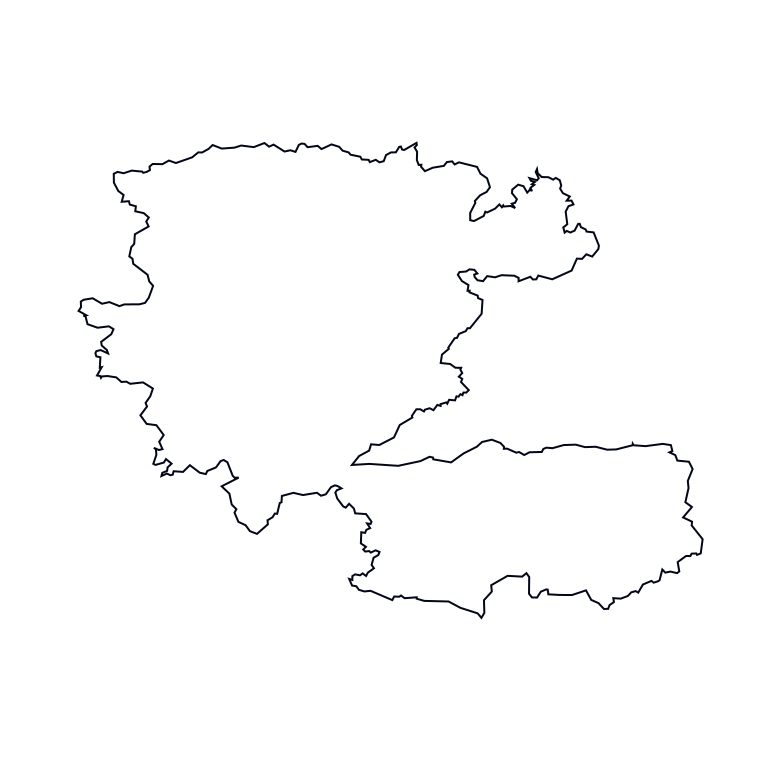 outline of Mezquitic, Jalisco, Mexico, rotated 75°
{"feature_id": "50627088B21610676051611", "entity_name": "Mezquitic", "entity_type": "district", "adm_level": 2, "iso_a3": "MEX", "parent_name": "Mexico", "parent_adm1": "Jalisco", "projection": "natural_earth1", "projection_center": [-104.018, 22.231], "detail": "fine", "context": "isolated", "style": "outline", "palette": "ink", "viewbox_px": 768, "rotation_deg": 75, "n_neighbors": 0, "source": "geoboundaries", "source_scale": "gbopen_adm2", "svg_char_len": 6153}
<svg xmlns="http://www.w3.org/2000/svg" viewBox="0 0 768 768"><g transform="rotate(75 384 384)"><path d="M469.6,561.7L479.5,560.3L484.6,554.2L491.4,551.6L495.9,545.5L489.5,532.5L485.5,531.8L483.9,526.2L480.9,523.0L481.7,520.8L472.0,515.5L471.7,513.6L465.7,511.6L465.7,499.6L470.3,491.0L471.7,476.9L475.6,473.8L475.5,468.7L469.9,461.9L469.2,457.7L470.4,455.4L473.8,452.1L474.4,457.0L476.3,459.1L482.5,458.8L491.7,455.1L493.5,453.0L490.7,448.7L496.5,445.3L501.5,445.3L505.0,435.0L513.8,431.7L515.7,433.1L514.3,436.4L519.6,434.7L520.3,438.8L522.9,440.8L521.3,444.3L532.0,447.6L536.6,443.6L538.5,446.9L541.0,445.5L541.5,441.6L543.4,440.4L542.5,435.1L545.1,431.8L547.7,433.7L549.1,439.0L555.5,442.8L559.4,441.4L562.0,448.4L564.8,451.0L561.4,453.7L562.6,456.6L560.4,461.2L561.4,464.3L565.1,465.3L563.3,468.1L570.4,467.0L572.2,463.1L576.3,461.5L579.3,456.6L580.3,450.5L594.9,431.9L591.9,429.2L593.4,424.3L592.7,422.3L596.2,419.6L598.5,407.6L599.8,408.0L603.9,401.3L610.8,377.9L620.0,368.1L629.8,352.9L635.1,350.4L631.0,346.3L618.7,343.4L612.4,333.6L606.1,332.5L601.3,314.3L605.8,300.4L603.6,295.4L608.0,293.7L624.1,298.2L628.4,296.4L629.9,291.4L625.2,286.3L624.4,280.5L625.0,279.1L629.7,279.7L633.3,268.7L636.5,256.8L635.6,242.3L646.2,239.7L651.2,233.5L658.2,229.8L659.2,225.7L655.9,223.3L654.2,218.4L650.2,217.9L652.6,210.9L651.9,203.4L649.2,199.0L649.2,194.5L651.3,192.4L644.7,185.8L643.4,176.6L645.7,174.9L645.5,170.7L644.9,168.6L635.2,163.2L639.0,161.1L639.3,156.0L642.5,149.9L641.5,147.3L632.0,146.4L628.3,136.7L629.5,132.6L627.5,130.8L628.5,126.2L630.1,125.8L629.6,121.9L616.4,116.4L600.3,123.4L596.7,122.1L590.3,129.6L582.5,118.4L576.2,123.5L563.4,116.8L556.2,115.6L546.0,107.9L538.0,109.6L533.9,120.5L528.1,121.0L523.9,126.0L523.4,122.8L517.3,122.7L514.0,130.2L511.7,147.5L507.8,158.7L506.1,159.2L507.5,159.7L507.3,176.6L505.2,185.5L499.4,195.8L497.0,206.2L492.2,214.5L489.5,226.2L489.6,237.9L487.5,243.7L488.0,246.9L490.5,249.2L487.6,261.1L488.9,266.9L484.6,271.2L484.6,274.0L478.3,281.8L477.6,285.0L475.7,284.3L471.1,286.8L465.7,294.3L465.4,304.3L468.6,310.5L471.7,325.2L477.1,339.5L469.5,355.9L467.7,355.7L466.1,358.9L467.9,368.7L466.7,391.5L457.4,418.8L453.9,435.9L447.1,426.6L444.5,415.6L438.9,412.1L441.7,404.3L438.2,388.2L427.7,379.4L423.7,365.3L422.0,365.3L416.8,359.3L417.8,355.5L420.9,352.5L419.4,351.1L419.2,346.2L422.1,343.0L418.0,337.9L419.8,335.0L418.1,334.6L417.9,328.6L419.4,328.0L416.1,325.2L418.2,319.6L414.7,317.2L415.5,315.3L413.6,312.8L415.1,311.1L412.8,309.5L413.6,306.8L411.9,303.7L402.0,309.1L399.3,307.1L396.3,309.8L393.7,305.6L389.9,306.5L388.3,305.3L386.8,310.8L381.8,314.9L378.4,323.8L370.6,320.4L366.8,312.3L365.5,312.5L358.1,303.9L358.3,301.5L355.0,298.6L354.1,291.3L351.7,288.9L352.4,286.6L341.4,271.5L328.3,267.1L325.4,270.9L322.9,270.6L317.6,277.7L316.1,277.1L315.6,279.2L310.3,276.8L304.7,282.1L297.6,284.4L295.4,282.1L296.6,275.7L295.4,271.7L297.1,267.2L301.4,265.2L301.7,268.6L304.2,268.7L308.0,266.8L310.3,261.7L306.5,256.4L309.7,249.1L309.3,242.4L313.1,230.2L316.3,226.5L319.6,227.4L318.3,214.9L321.6,213.1L322.3,209.8L319.2,206.9L326.4,194.4L323.0,173.4L312.8,165.2L314.4,160.3L311.1,155.0L314.8,149.9L309.1,142.0L305.9,140.6L291.8,142.3L289.2,148.9L286.9,149.2L283.5,153.2L279.9,153.5L279.6,155.0L285.2,160.2L285.9,164.8L283.4,167.9L284.5,170.3L279.2,170.3L277.1,165.6L264.5,163.9L260.0,159.8L259.6,154.5L255.4,155.4L254.2,160.1L251.0,156.0L246.0,161.8L240.9,163.3L238.0,161.4L232.7,161.5L229.4,164.7L230.4,167.7L226.8,171.7L224.9,178.1L220.1,181.0L216.0,180.6L218.5,182.6L225.3,181.3L226.8,183.4L222.8,190.2L225.8,189.4L227.9,186.0L229.3,189.4L230.6,187.4L232.3,191.5L234.0,191.7L232.9,193.2L235.7,190.6L234.4,193.2L236.2,196.1L229.0,198.1L226.2,202.8L229.4,209.8L232.8,211.0L239.9,207.8L242.9,210.5L242.9,213.9L248.0,211.8L244.8,215.6L243.6,222.3L242.3,222.6L243.8,224.4L240.4,226.1L243.4,231.4L245.0,240.0L243.8,241.5L247.5,244.2L249.9,254.9L248.1,258.3L241.1,256.5L232.7,248.9L230.8,248.9L226.6,242.3L225.0,235.1L221.3,230.7L212.0,231.2L205.8,236.4L198.4,237.9L189.3,254.2L190.2,259.0L186.6,260.5L185.9,265.8L188.8,269.7L187.7,280.9L189.0,289.4L183.7,292.0L181.9,291.2L181.4,293.8L176.2,294.3L168.2,291.9L163.4,293.3L161.7,290.4L159.5,290.2L163.2,304.0L162.1,305.9L159.0,306.2L158.9,307.9L163.3,312.6L162.1,317.3L163.4,322.8L168.7,326.6L168.7,331.0L165.3,333.9L166.0,340.3L163.5,340.8L161.4,347.3L158.3,348.1L153.9,356.9L151.1,358.3L147.9,363.6L143.3,365.9L139.0,372.7L140.9,383.6L136.8,386.4L135.5,396.5L131.5,398.6L130.4,401.5L131.1,404.5L136.9,409.4L134.0,413.9L133.7,419.9L124.2,428.7L125.0,433.6L120.3,437.1L121.5,448.5L116.7,460.2L117.0,467.3L114.6,479.8L108.8,487.7L111.5,492.6L113.3,499.8L112.2,503.5L115.4,510.6L116.7,527.8L112.5,533.9L114.3,541.1L111.6,550.5L113.3,554.2L116.8,554.7L117.7,558.2L117.7,561.9L116.3,562.5L112.6,572.4L113.0,581.0L110.2,586.4L111.0,590.6L119.6,592.8L128.8,590.7L134.0,586.6L140.1,590.2L141.4,583.1L144.9,583.1L148.1,577.7L152.8,579.5L156.8,571.8L162.3,568.1L165.5,571.6L170.9,570.6L174.9,585.9L184.0,589.0L186.4,592.7L194.8,597.0L198.0,594.5L203.0,595.1L217.3,584.1L224.2,584.2L229.4,581.6L239.7,588.8L243.8,593.8L243.7,599.8L239.9,614.2L240.3,619.4L233.8,628.1L233.5,635.6L225.8,643.2L224.9,652.2L225.9,655.5L231.4,656.8L234.4,660.1L240.6,653.7L240.5,656.8L241.2,654.8L249.5,654.9L255.5,646.1L257.1,634.8L261.0,631.1L265.3,634.5L270.1,646.3L273.8,646.7L279.4,642.9L283.1,642.6L277.9,648.9L277.8,653.3L279.5,654.8L282.9,654.7L284.8,651.0L294.7,654.3L294.7,652.3L301.5,659.0L302.9,656.0L304.8,655.8L303.7,654.5L304.7,649.1L308.3,640.9L314.1,637.1L315.0,632.3L318.1,629.1L320.1,616.3L328.6,608.4L335.3,612.9L340.6,619.2L344.4,618.7L351.2,627.4L361.1,623.6L364.9,614.5L376.3,610.0L381.6,616.1L389.6,614.8L389.5,618.5L386.1,622.8L388.1,621.2L393.5,622.2L401.4,627.5L403.0,625.7L402.9,617.0L400.1,614.0L406.0,609.8L408.5,614.6L411.8,616.0L412.4,621.1L415.3,622.8L414.3,616.9L416.8,614.0L416.9,611.5L413.8,609.8L416.9,600.9L412.2,592.5L422.0,584.9L424.9,579.4L422.3,577.2L421.1,567.9L416.2,561.8L415.9,558.5L419.1,555.5L433.5,553.9L435.9,552.5L436.8,548.6L440.8,567.3L449.9,561.7L461.0,562.3L466.7,559.0L469.6,561.7Z" fill="none" stroke="#020617" stroke-width="2"/></g></svg>